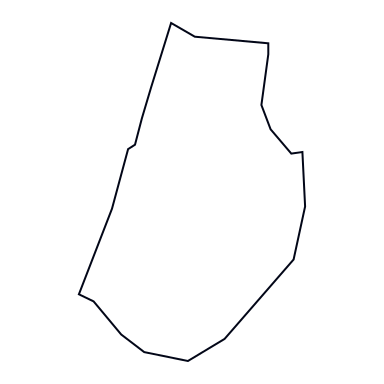 Gwangjin-gu, Seoul, South Korea
{"feature_id": "91817680B49246193334347", "entity_name": "Gwangjin-gu", "entity_type": "district", "adm_level": 2, "iso_a3": "KOR", "parent_name": "South Korea", "parent_adm1": "Seoul", "projection": "robinson", "projection_center": [127.088, 37.539], "detail": "fine", "context": "isolated", "style": "outline", "palette": "ink", "viewbox_px": 384, "rotation_deg": 0, "n_neighbors": 0, "source": "geoboundaries", "source_scale": "gbopen_adm2", "svg_char_len": 394}
<svg xmlns="http://www.w3.org/2000/svg" viewBox="0 0 384 384"><path d="M268.3,43.3L194.8,36.7L171.8,23.4L171.1,23.0L151.1,87.4L141.9,118.3L135.0,144.7L128.1,149.1L112.0,208.7L78.9,294.3L93.6,301.4L121.2,334.5L144.2,352.1L187.9,361.0L224.6,338.9L293.6,259.5L305.1,206.5L302.4,152.0L291.3,153.6L270.6,129.3L261.4,105.0L268.3,54.3L268.3,43.3Z" fill="none" stroke="#020617" stroke-width="2"/></svg>